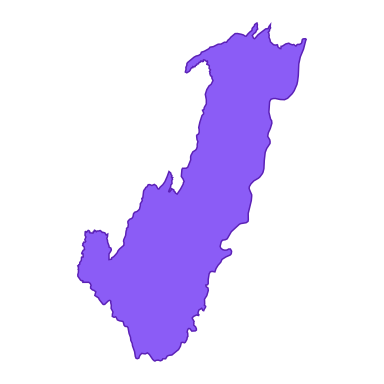 the district of Coello, Tolima, Colombia
{"feature_id": "7082276B29903133765391", "entity_name": "Coello", "entity_type": "district", "adm_level": 2, "iso_a3": "COL", "parent_name": "Colombia", "parent_adm1": "Tolima", "projection": "natural_earth1", "projection_center": [-74.938, 4.361], "detail": "fine", "context": "isolated", "style": "filled", "palette": "violet", "viewbox_px": 384, "rotation_deg": 0, "n_neighbors": 0, "source": "geoboundaries", "source_scale": "gbopen_adm2", "svg_char_len": 5918}
<svg xmlns="http://www.w3.org/2000/svg" viewBox="0 0 384 384"><path d="M280.2,99.5L284.5,99.7L287.6,98.3L292.2,93.7L294.2,90.7L296.9,84.5L297.6,81.2L298.3,75.5L298.8,63.9L300.3,56.9L303.5,49.2L305.6,40.9L306.2,39.3L305.3,38.7L303.1,38.9L302.3,39.5L301.7,42.7L301.1,43.5L299.3,44.5L297.9,44.3L297.0,44.7L296.1,45.9L295.5,45.9L293.8,44.5L292.4,44.8L290.5,44.2L288.8,43.2L285.8,43.9L282.1,46.3L281.1,46.3L280.8,48.6L279.8,48.5L277.8,46.7L277.6,45.1L277.2,44.7L275.9,45.1L273.6,44.8L270.4,41.8L270.0,39.7L268.9,37.1L269.2,35.7L268.8,33.1L268.2,32.3L269.5,30.8L269.6,29.5L270.6,27.9L270.2,26.6L270.4,24.6L269.1,26.3L268.1,28.6L265.7,28.9L258.1,34.7L254.9,38.5L254.5,38.7L253.5,38.1L252.3,35.5L254.1,33.4L255.5,32.5L256.8,29.9L257.7,29.1L257.2,27.0L257.4,24.6L257.0,23.0L256.6,23.1L254.6,24.6L254.4,25.8L252.2,28.3L251.8,30.6L250.5,31.4L248.1,33.7L246.1,36.2L245.1,36.1L243.3,34.9L240.9,34.2L237.4,33.5L235.1,33.6L230.7,37.3L229.7,38.7L228.1,40.0L226.5,42.3L224.4,42.2L221.0,44.1L218.1,44.2L213.4,46.6L210.0,47.2L209.0,48.6L208.2,49.1L204.2,51.3L201.4,52.2L200.7,54.0L200.0,54.6L198.4,55.5L196.2,56.0L194.0,57.2L187.5,62.6L186.9,63.7L186.8,65.4L185.9,67.3L186.0,69.4L185.3,72.0L186.8,72.8L189.3,71.3L190.1,70.3L191.0,68.4L191.9,67.6L192.7,67.7L192.9,66.6L193.7,66.9L195.1,66.6L195.4,65.6L196.6,65.1L197.1,64.0L198.5,63.8L199.0,62.5L200.5,62.0L200.8,61.0L201.9,61.1L202.3,61.6L203.4,61.4L203.3,60.1L203.9,59.7L205.5,60.5L206.5,61.6L207.4,61.2L207.6,62.9L206.9,63.7L206.8,64.3L208.7,65.1L209.3,65.9L209.1,68.4L210.5,69.9L209.5,71.5L210.2,72.5L209.8,73.1L210.0,74.1L210.6,75.8L211.8,76.4L211.9,78.2L213.0,80.6L211.1,84.4L209.1,85.8L206.8,89.6L205.3,94.3L206.3,99.6L206.3,104.0L204.3,107.4L203.9,109.5L202.5,110.2L203.6,112.7L203.6,113.9L202.0,115.5L199.8,122.4L198.7,127.6L199.1,129.3L199.2,132.3L198.4,134.2L197.2,134.7L196.6,135.8L197.0,139.5L197.9,141.6L197.2,144.2L197.2,147.0L196.3,149.3L195.3,150.3L192.9,151.8L191.0,155.3L190.6,156.8L190.7,159.9L187.8,167.1L186.3,168.2L182.5,168.3L181.9,169.6L181.3,176.4L183.0,178.9L184.1,181.6L183.4,182.6L183.2,184.1L180.5,189.1L177.1,194.1L175.4,193.0L175.0,191.9L174.1,191.3L173.8,189.9L171.5,188.6L171.4,189.9L170.2,190.3L170.1,191.5L169.4,191.9L168.7,191.6L169.1,190.2L170.5,187.3L170.9,184.9L172.0,183.6L171.8,180.5L172.5,179.4L172.1,178.0L172.6,177.5L171.5,177.0L171.9,175.5L171.0,174.5L170.8,173.1L169.0,171.5L167.2,176.5L164.9,181.7L162.8,184.7L160.0,187.3L158.9,189.0L157.9,188.8L156.2,185.7L154.3,184.4L151.9,185.5L149.8,184.6L148.2,184.7L147.1,186.7L145.7,187.5L145.1,189.0L144.6,189.2L143.6,191.0L142.8,197.9L141.9,198.3L141.8,198.7L142.3,200.6L140.3,203.8L140.3,205.8L139.4,209.3L137.2,211.4L134.6,212.3L133.5,213.8L133.0,216.7L132.3,217.8L131.8,218.4L129.6,219.3L127.9,221.3L127.9,223.0L128.3,224.2L128.0,227.1L127.0,227.9L126.5,228.7L126.6,229.8L126.1,231.0L125.6,235.5L123.8,239.6L123.5,241.2L124.0,242.8L123.8,245.3L119.6,248.9L118.1,250.7L117.2,252.7L115.8,254.4L113.6,256.8L111.8,257.7L111.5,259.2L109.0,259.6L109.0,254.0L111.1,250.6L111.3,249.6L110.9,248.1L109.1,247.1L109.0,245.8L107.6,242.1L107.5,240.4L106.8,238.4L107.5,236.6L107.7,234.1L106.2,235.0L104.8,232.8L102.9,232.3L102.2,232.5L101.6,231.6L100.1,230.5L98.7,231.0L97.1,231.0L96.3,231.7L95.3,230.6L94.5,230.2L94.2,230.5L94.2,231.5L93.2,231.9L93.3,232.7L92.9,233.1L89.8,232.8L89.5,232.5L89.7,231.4L89.0,230.7L88.2,230.4L86.5,232.3L85.8,231.5L85.2,231.8L85.0,235.3L85.9,237.0L84.8,239.8L85.7,241.3L85.0,242.2L83.8,242.1L83.5,243.0L82.9,243.4L83.1,243.9L82.6,245.4L84.1,246.8L84.5,249.5L83.1,250.4L81.7,253.2L81.9,253.8L83.0,253.9L83.2,256.8L82.9,257.2L81.9,257.0L81.5,257.3L81.3,260.5L79.8,262.4L79.7,264.2L78.7,264.8L78.5,266.1L77.9,266.0L78.5,268.0L78.2,269.4L78.5,269.5L78.4,272.4L77.8,274.7L77.9,276.3L80.6,280.2L82.2,281.0L82.3,280.7L83.0,281.0L82.9,282.3L88.8,282.3L90.3,283.5L91.1,285.6L90.6,286.6L90.6,288.2L92.4,289.9L94.0,290.4L95.8,291.8L94.8,295.5L98.6,298.0L99.2,299.5L102.9,304.2L103.5,304.5L104.7,304.4L108.2,301.0L109.3,300.4L110.1,300.5L110.8,301.2L110.7,302.6L111.3,305.2L111.1,308.4L112.8,311.6L112.9,312.6L112.4,314.0L112.3,316.4L114.1,317.3L115.6,316.8L116.2,317.4L117.4,319.9L119.5,320.8L122.8,321.4L123.3,322.2L124.1,325.3L125.2,326.4L127.2,326.6L128.0,327.6L129.1,333.5L130.5,337.3L130.8,340.4L132.2,343.4L132.5,345.8L134.6,351.7L135.3,356.4L136.0,358.2L137.2,358.7L138.8,358.2L139.8,355.5L141.7,353.4L145.2,353.9L147.5,352.9L149.4,354.5L152.7,359.4L154.4,360.9L155.1,361.0L155.9,360.4L158.1,360.1L160.4,360.8L162.0,360.2L162.8,358.8L165.6,358.8L167.3,356.0L169.2,355.3L171.9,355.0L178.6,349.5L180.4,346.3L181.3,342.6L182.7,342.3L184.5,342.8L185.3,342.3L186.9,339.4L187.3,337.1L187.9,336.5L187.7,332.9L187.2,332.4L187.2,331.6L187.8,329.4L188.7,328.5L189.8,328.6L191.8,331.1L195.3,330.9L196.4,330.1L196.4,328.8L195.6,326.9L193.7,325.1L193.9,323.4L193.7,322.7L194.1,321.5L192.3,318.4L192.3,317.7L193.8,316.3L196.5,315.0L198.6,315.5L198.9,314.7L198.2,314.0L198.0,312.9L198.8,310.1L201.7,308.3L202.8,310.4L203.7,310.7L204.6,308.6L205.4,307.6L205.7,306.3L204.4,305.2L204.7,304.1L204.5,299.2L206.8,295.6L208.3,290.5L208.0,288.0L206.2,286.7L205.8,285.1L207.6,284.7L208.2,283.6L208.2,279.8L209.1,273.9L210.3,271.8L212.1,271.4L214.9,271.9L216.0,268.6L218.1,265.2L220.7,262.3L222.0,259.4L225.9,256.9L230.2,255.0L230.9,254.3L231.3,253.5L231.6,251.2L230.4,249.0L228.7,249.0L227.0,250.0L224.9,250.2L222.8,249.7L220.9,248.3L220.1,246.4L221.2,241.9L222.4,240.2L225.4,239.7L227.2,238.8L231.3,231.7L239.3,224.3L240.7,223.6L246.2,222.7L248.0,221.4L248.3,219.8L248.2,213.4L251.3,200.6L251.7,196.3L251.7,194.8L249.6,189.9L249.1,188.2L249.4,186.5L251.0,183.8L253.8,180.9L258.4,178.2L259.8,177.0L262.3,173.7L263.0,172.3L263.9,168.7L264.3,160.4L265.2,152.4L266.7,148.5L270.0,143.5L270.1,141.8L269.8,139.9L267.7,136.3L268.3,132.9L270.3,128.5L271.9,123.2L271.6,120.6L270.6,119.2L268.9,112.2L269.6,101.7L270.9,99.3L273.0,98.6L275.3,98.5L280.2,99.5Z" fill="#8b5cf6" stroke="#5b21b6" stroke-width="1.5"/></svg>